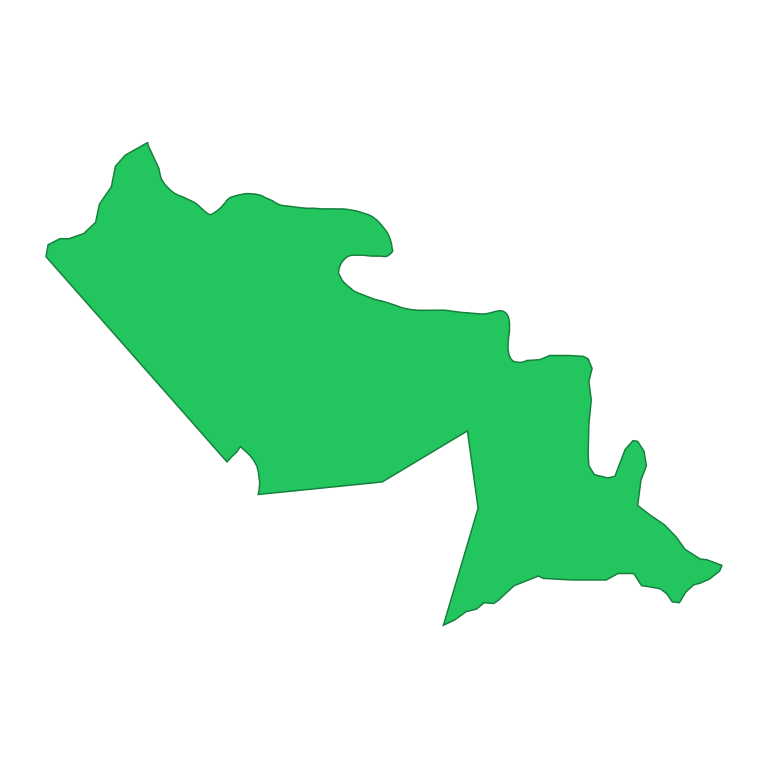 De Mailly, Vieux Fort, Saint Lucia (Mercator projection)
{"feature_id": "8701671B80390087772516", "entity_name": "De Mailly", "entity_type": "district", "adm_level": 2, "iso_a3": "LCA", "parent_name": "Saint Lucia", "parent_adm1": "Vieux Fort", "projection": "mercator", "projection_center": [-60.949, 13.797], "detail": "fine", "context": "isolated", "style": "filled", "palette": "green", "viewbox_px": 768, "rotation_deg": 0, "n_neighbors": 0, "source": "geoboundaries", "source_scale": "gbopen_adm2", "svg_char_len": 4804}
<svg xmlns="http://www.w3.org/2000/svg" viewBox="0 0 768 768"><path d="M721.6,566.1L721.9,565.4L707.0,559.8L699.9,558.9L684.9,549.2L676.3,537.1L664.5,524.9L650.3,515.2L637.7,505.5L640.9,480.3L646.4,465.8L644.0,451.2L637.7,441.4L633.0,440.6L625.1,449.5L614.9,476.3L607.8,477.9L594.4,474.7L588.9,465.8L588.1,454.4L588.9,423.6L591.3,400.1L588.9,381.5L591.0,372.7L592.1,368.5L588.1,358.8L583.4,356.4L577.5,356.0L570.1,355.6L569.2,355.5L549.6,355.5L546.6,356.8L540.1,359.6L535.5,360.0L526.7,360.5L525.4,361.1L524.3,361.7L523.1,361.9L521.4,362.4L520.0,362.4L518.7,362.3L517.9,362.2L515.7,361.9L514.1,361.6L512.9,360.8L512.4,360.4L511.9,360.0L511.5,359.6L511.1,359.0L510.4,358.0L510.0,357.1L509.3,355.7L508.9,354.0L508.7,353.3L508.3,351.1L508.2,350.3L508.1,349.5L508.0,346.6L508.1,344.7L508.2,342.3L508.4,340.1L508.6,337.2L508.9,335.6L509.0,334.4L509.2,333.1L509.3,332.5L509.5,331.0L509.5,329.3L509.5,327.3L509.5,325.4L509.5,323.1L509.3,321.4L508.8,318.5L508.4,317.4L508.0,316.3L507.1,314.5L505.5,312.8L504.2,311.8L502.1,310.9L499.9,310.7L497.3,311.1L495.5,311.5L494.9,311.6L490.3,312.9L485.7,313.8L481.9,314.0L481.4,314.0L476.2,313.6L470.5,313.1L469.3,313.0L467.2,312.8L461.2,312.4L456.1,311.7L454.7,311.5L454.1,311.5L449.5,310.8L446.3,310.4L445.4,310.3L441.8,310.1L438.7,310.2L433.2,310.2L426.6,310.3L418.5,310.3L411.1,309.6L408.4,309.1L404.0,308.3L401.8,307.6L401.2,307.4L398.9,306.6L398.4,306.4L395.6,305.4L394.2,304.9L393.2,304.6L390.9,303.9L389.3,303.4L386.5,302.4L383.4,301.5L380.6,300.7L378.2,300.3L374.9,299.4L373.5,298.9L371.9,298.3L369.5,297.4L365.2,295.7L362.2,294.5L357.7,292.9L357.3,292.6L353.2,290.7L351.2,288.6L350.0,287.8L349.1,287.0L348.6,286.6L347.9,286.1L347.3,285.5L345.8,284.2L344.3,282.7L343.2,281.5L342.8,281.0L341.9,279.8L341.1,278.2L340.9,277.8L340.1,276.1L339.7,275.4L338.6,273.6L338.6,272.7L338.6,271.8L338.8,270.5L339.0,269.4L339.1,268.9L339.4,267.7L339.7,266.5L340.1,265.6L340.4,264.9L340.9,264.1L341.4,263.0L341.8,262.3L343.3,260.5L344.1,259.6L345.1,258.6L345.6,258.1L346.8,257.2L347.3,256.8L348.6,256.2L349.9,255.7L351.9,255.3L353.3,255.2L356.1,255.2L361.4,255.2L362.2,255.2L372.1,256.1L380.8,256.1L381.9,256.3L384.1,256.5L384.8,256.6L386.9,256.3L388.8,255.1L389.2,254.8L389.7,254.3L391.1,253.2L392.0,252.3L392.5,251.2L392.8,250.4L392.1,248.5L391.8,245.7L391.4,243.5L390.9,241.5L390.0,238.6L389.6,237.6L389.1,236.5L388.7,235.5L387.9,233.7L387.2,232.6L386.3,231.1L384.8,229.3L384.1,228.3L383.0,227.0L382.4,226.2L381.5,225.1L379.6,222.9L376.7,220.0L375.1,218.8L373.2,217.3L371.2,216.1L369.8,215.3L369.3,215.1L367.5,214.4L364.9,213.6L362.2,212.7L357.8,211.3L355.0,210.7L351.4,210.1L350.4,209.9L348.0,209.5L345.0,209.1L342.5,208.9L338.8,209.0L333.7,208.9L327.2,208.9L320.4,208.8L318.1,208.6L314.4,208.3L306.5,208.3L297.8,207.4L297.2,207.3L289.9,206.3L286.9,206.0L285.7,205.8L284.9,205.8L281.9,205.4L281.1,205.2L279.4,204.7L277.6,203.9L275.4,202.7L272.4,200.7L268.1,198.8L265.3,197.7L262.2,195.9L260.0,195.1L256.3,194.3L253.6,193.9L252.9,193.8L250.8,193.8L248.1,193.6L245.5,193.7L245.0,193.8L242.5,194.2L241.2,194.5L239.4,194.8L234.6,196.1L232.9,196.6L231.4,197.1L230.9,197.3L230.3,197.5L229.3,198.2L227.6,199.6L227.0,200.1L225.7,201.9L225.1,202.8L224.5,203.5L223.8,204.2L221.1,207.4L219.2,209.0L218.0,210.1L213.7,213.2L211.9,214.2L210.9,214.6L209.6,214.5L208.8,214.2L208.1,213.8L207.2,213.2L206.6,212.8L205.4,211.8L203.9,210.5L202.4,209.2L201.3,208.3L200.8,207.8L199.2,206.2L198.2,205.3L197.6,204.8L196.4,203.9L194.6,202.6L193.8,202.2L191.9,201.2L191.0,200.7L188.6,199.7L187.2,199.0L185.9,198.4L183.2,197.0L181.6,196.5L180.2,196.0L178.3,195.2L177.8,195.0L175.4,193.9L173.4,192.5L171.2,190.8L168.3,188.0L165.7,185.5L162.9,181.5L161.8,179.8L161.5,179.2L160.9,177.7L160.5,175.9L160.3,175.3L159.8,173.1L159.4,170.9L159.3,170.1L158.7,168.0L157.8,166.1L157.0,164.3L156.6,163.4L156.0,162.2L155.6,161.3L154.9,159.9L153.6,157.3L152.7,155.2L151.8,153.4L151.1,151.7L150.6,150.6L149.0,147.5L148.3,145.3L147.9,144.2L147.7,142.7L147.0,142.9L125.3,155.1L115.4,166.3L111.4,186.7L99.5,204.0L95.6,222.3L83.7,233.6L68.8,238.7L59.9,238.7L48.1,244.8L46.1,256.0L46.1,256.8L133.8,356.2L227.0,461.9L231.6,456.8L236.5,452.3L240.3,446.6L246.7,452.3L250.3,455.9L253.8,460.5L256.9,466.1L258.3,471.6L259.7,482.7L259.0,490.9L258.1,494.5L382.3,481.9L467.4,430.9L478.2,508.9L477.8,509.2L443.4,625.3L455.1,619.7L461.7,614.9L466.1,611.6L470.9,610.5L476.4,609.2L476.7,608.9L484.2,602.7L488.4,603.1L493.7,603.5L498.4,600.3L500.7,598.1L514.1,585.7L538.5,576.0L543.3,578.4L554.2,579.0L572.4,580.0L606.2,580.0L618.0,573.5L633.8,573.5L637.5,579.3L641.6,585.7L644.7,586.1L647.9,586.5L655.9,588.0L660.5,588.9L666.8,593.8L671.5,600.7L672.3,601.9L679.4,602.7L685.7,592.2L693.6,584.9L696.1,584.2L699.9,583.3L703.0,581.9L709.3,579.2L719.6,571.1L720.3,569.4L721.6,566.1Z" fill="#22c55e" stroke="#15803d" stroke-width="1.5"/></svg>